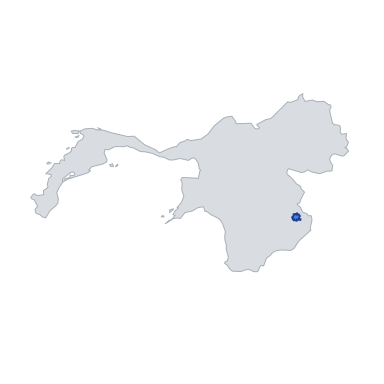 location of Ban Dung, Udon Thani, Thailand, rotated 84°
{"feature_id": "78962969B17101559907344", "entity_name": "Ban Dung", "entity_type": "district", "adm_level": 2, "iso_a3": "THA", "parent_name": "Thailand", "parent_adm1": "Udon Thani", "projection": "albers", "projection_center": [103.231, 17.709], "detail": "fine", "context": "in_parent", "style": "filled", "palette": "blue", "viewbox_px": 384, "rotation_deg": 84, "n_neighbors": 0, "source": "geoboundaries", "source_scale": "gbopen_adm2", "svg_char_len": 5957}
<svg xmlns="http://www.w3.org/2000/svg" viewBox="0 0 384 384"><g transform="rotate(84 192 192)"><path d="M163.5,33.6L163.9,35.2L165.5,33.1L167.6,32.1L171.6,36.7L172.1,38.7L169.0,45.9L169.4,48.4L171.3,50.4L173.6,51.6L176.1,51.3L180.7,49.3L185.7,50.7L185.4,55.5L187.1,63.2L184.5,71.0L182.0,74.8L183.9,78.2L184.0,81.4L178.9,93.5L179.9,94.5L183.0,95.9L184.3,95.4L189.5,90.7L195.2,87.0L197.1,83.9L200.6,82.9L203.9,80.1L211.3,85.0L213.2,85.5L214.2,86.3L214.5,88.4L215.4,88.7L218.5,85.9L223.6,84.1L225.6,79.9L228.0,78.6L227.7,76.6L228.5,75.8L232.6,75.6L239.0,77.8L241.2,78.3L242.2,77.7L252.2,91.2L258.8,96.4L260.4,99.9L259.0,109.0L259.1,114.2L260.6,118.1L263.4,120.9L265.5,124.8L273.0,128.5L272.4,129.4L272.9,131.9L277.7,134.7L278.1,135.6L277.6,139.3L275.5,142.1L275.0,144.4L275.0,147.2L276.3,151.5L274.9,160.3L272.1,162.8L268.4,164.6L266.4,167.0L264.9,166.4L264.2,164.0L260.1,162.6L252.4,164.0L248.5,163.4L243.2,164.3L238.2,163.9L235.1,162.9L226.6,164.9L223.1,166.6L220.5,169.1L216.6,175.5L212.7,179.5L212.7,181.1L207.9,182.1L208.1,187.6L210.9,193.5L211.7,201.1L217.1,206.4L216.1,210.1L216.7,213.7L220.9,222.1L217.9,218.1L217.3,215.4L213.6,211.2L212.5,213.3L208.3,210.1L206.5,207.0L205.8,208.4L201.7,204.0L197.4,201.6L195.1,200.5L189.1,202.0L181.5,200.8L178.6,201.9L177.4,201.1L176.6,199.8L179.0,184.2L172.5,182.2L171.3,181.1L169.9,182.3L163.5,182.8L158.8,185.6L158.2,188.0L160.2,192.4L157.4,200.1L158.2,207.4L157.7,211.4L154.4,216.4L153.5,220.5L149.7,226.6L147.1,234.4L146.4,239.0L141.9,245.9L140.8,249.8L139.2,251.2L139.8,254.4L138.8,263.9L141.4,270.9L140.6,274.1L143.7,275.3L150.9,273.2L153.3,273.8L154.8,277.7L156.4,289.0L159.4,292.5L160.2,290.8L161.6,292.6L162.6,296.0L166.2,313.9L168.1,318.6L165.8,317.4L164.6,311.7L162.5,311.5L163.3,308.0L162.0,306.7L159.8,307.6L159.8,310.4L165.5,319.4L169.0,319.7L173.5,323.6L178.5,326.6L184.7,325.6L189.1,326.6L191.6,329.0L195.6,335.0L202.3,340.1L201.3,343.2L198.6,345.7L197.2,349.0L195.3,349.9L192.9,349.9L190.2,347.1L183.5,349.6L182.0,352.2L180.3,352.8L177.4,349.9L177.7,348.3L179.5,346.0L179.1,339.8L175.1,339.7L172.5,335.1L171.7,334.6L169.8,335.3L163.5,333.0L161.7,330.2L159.8,330.4L158.5,335.3L153.1,328.6L149.3,325.8L149.9,320.9L147.3,319.8L146.3,318.4L147.3,315.4L143.7,315.8L142.1,315.0L140.1,309.6L138.4,307.5L136.1,307.4L135.3,306.4L135.5,303.7L129.9,299.9L128.1,295.6L125.4,293.7L123.7,294.2L121.9,297.1L120.6,296.9L119.4,296.0L118.0,291.8L118.3,284.3L120.2,280.0L121.4,273.1L124.2,267.3L130.1,250.3L130.5,243.6L140.1,234.2L146.5,223.3L148.6,221.7L149.5,219.7L146.5,210.7L145.1,204.5L145.4,202.9L141.5,198.7L140.6,193.8L139.6,192.3L139.3,190.7L140.8,187.9L140.2,177.3L136.0,170.0L128.5,163.0L121.9,152.9L121.0,149.4L120.9,144.4L126.5,141.2L128.7,141.0L129.8,126.1L134.7,123.4L135.7,122.2L136.2,119.7L135.1,118.2L132.0,120.6L131.4,120.1L127.8,111.2L127.1,105.8L112.4,87.5L113.1,84.5L111.1,76.7L108.9,76.5L107.4,75.0L105.9,71.5L108.8,72.1L113.7,70.2L113.1,62.7L115.2,58.4L115.7,51.2L119.4,47.1L120.0,45.0L121.9,44.8L124.5,46.4L127.3,46.5L138.5,45.0L140.0,43.1L140.8,39.2L141.9,37.9L144.5,37.6L147.3,38.5L150.4,37.0L149.9,32.3L155.3,33.3L158.8,31.2L163.5,33.6ZM122.1,299.1L121.2,304.7L118.9,305.7L118.3,302.5L119.7,297.3L120.3,298.6L122.1,299.1ZM158.5,267.5L158.1,270.2L156.1,271.0L155.7,268.0L158.5,267.5ZM207.7,212.5L210.1,216.4L207.4,216.0L206.8,212.3L207.7,212.5ZM148.4,333.4L147.2,331.8L148.3,329.3L149.3,332.4L148.4,333.4ZM125.8,299.9L125.2,302.9L124.2,298.7L125.8,299.9ZM158.7,265.1L157.6,264.8L156.7,263.0L158.0,263.0L158.7,265.1ZM135.3,309.1L136.5,312.7L135.1,311.0L135.3,309.1ZM213.9,222.7L213.5,225.0L212.3,224.0L213.1,222.4L213.9,222.7ZM120.0,277.6L118.6,278.4L119.8,276.3L120.0,277.6Z" fill="#d9dde1" stroke="#a8b0b8" stroke-width="1"/><path d="M231.0,86.8L230.8,86.8L230.7,86.8L230.8,86.9L230.7,86.9L230.8,87.0L230.7,87.4L230.6,87.5L230.4,87.5L230.2,87.8L229.9,87.9L229.7,88.0L229.4,88.5L229.2,88.5L228.8,88.5L228.6,88.4L228.1,88.0L228.0,87.9L228.1,87.7L227.9,87.5L227.8,87.4L227.5,87.2L227.5,87.3L227.3,87.4L227.2,87.5L226.8,87.5L226.7,87.7L226.4,87.6L226.3,87.8L226.2,87.9L226.2,88.0L226.1,88.3L226.0,88.6L226.0,88.8L225.8,89.0L225.6,89.0L225.4,88.8L225.4,88.7L225.3,88.8L225.3,88.7L225.2,88.5L225.1,88.8L225.1,89.0L224.9,89.2L224.9,89.3L224.8,89.5L224.7,89.5L224.8,89.6L224.7,89.7L224.8,89.7L225.0,89.7L225.1,89.8L225.2,90.0L225.3,90.2L225.2,90.2L225.1,90.3L225.1,90.5L224.9,90.6L225.0,90.7L225.1,90.8L224.9,90.9L224.9,91.0L224.9,91.3L225.0,91.3L224.9,91.4L224.9,91.5L224.8,91.8L224.7,91.8L224.6,92.0L224.6,92.3L224.6,92.5L224.5,92.4L224.5,92.5L224.8,92.7L224.8,92.8L224.7,92.8L224.8,92.8L224.8,93.0L224.9,92.9L224.9,93.0L225.0,93.0L225.1,92.9L225.2,93.0L225.4,92.9L225.4,93.0L225.5,93.1L225.6,93.3L225.7,93.5L225.8,93.7L225.9,93.8L226.0,93.8L226.4,93.9L226.8,93.8L227.0,93.9L227.2,94.0L227.3,94.0L227.3,94.6L227.3,94.9L227.2,94.9L227.2,95.0L227.3,95.1L227.8,95.3L228.1,95.2L228.1,94.8L227.9,94.7L228.1,94.5L228.3,94.5L228.5,94.5L228.8,94.4L228.9,94.5L229.0,94.4L229.2,94.5L229.3,94.6L229.4,94.4L229.5,94.4L229.5,94.2L229.6,93.9L229.6,94.0L229.6,93.9L229.8,93.8L229.8,93.7L229.9,93.8L229.9,93.7L230.0,93.7L230.1,93.8L230.2,93.7L230.2,93.8L230.3,93.9L230.4,93.7L230.3,93.8L230.3,93.6L230.5,93.7L230.8,93.6L231.0,93.6L231.0,93.4L230.9,93.4L230.8,93.2L230.8,92.9L230.9,92.7L230.8,92.4L230.9,92.2L231.0,92.0L230.9,91.9L231.0,91.8L230.9,91.8L230.9,91.7L231.0,91.4L230.9,91.4L230.9,91.2L231.0,91.3L230.9,91.2L231.0,91.2L230.9,91.1L231.0,91.0L230.9,91.0L230.9,90.9L231.0,90.8L230.9,90.7L231.1,90.6L230.9,90.6L231.0,90.5L230.9,90.0L230.7,90.1L230.4,89.9L230.3,89.7L230.2,89.6L230.2,89.4L230.2,89.2L230.2,89.3L230.3,89.2L230.3,89.3L230.3,89.2L230.4,88.9L230.5,88.9L230.4,88.8L230.4,88.6L230.5,88.7L230.6,88.4L230.4,88.3L230.4,88.2L230.5,88.2L230.8,88.2L230.7,88.4L230.8,88.4L230.9,88.2L231.0,88.3L231.2,88.2L231.3,88.2L231.1,88.2L230.9,88.0L230.7,87.9L230.9,87.9L231.0,87.8L230.9,87.6L230.9,87.4L231.0,87.4L231.1,87.2L231.1,86.9L231.0,86.8Z" fill="#3b82f6" stroke="#1e3a8a" stroke-width="1.5"/></g></svg>